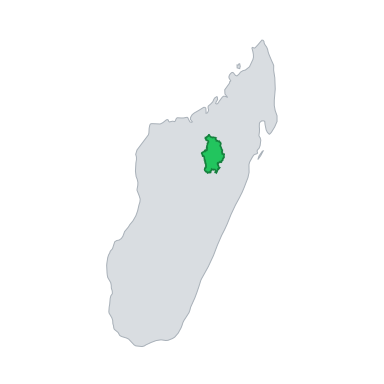 Tsaratanana, Betsiboka, Madagascar shown in context, rotated 8°
{"feature_id": "10022922B96360954496738", "entity_name": "Tsaratanana", "entity_type": "district", "adm_level": 2, "iso_a3": "MDG", "parent_name": "Madagascar", "parent_adm1": "Betsiboka", "projection": "robinson", "projection_center": [47.615, -17.138], "detail": "fine", "context": "in_parent", "style": "filled", "palette": "green", "viewbox_px": 384, "rotation_deg": 8, "n_neighbors": 0, "source": "geoboundaries", "source_scale": "gbopen_adm2", "svg_char_len": 8381}
<svg xmlns="http://www.w3.org/2000/svg" viewBox="0 0 384 384"><g transform="rotate(8 192 192)"><path d="M247.0,40.2L247.9,42.7L249.1,45.1L252.5,50.8L254.0,53.1L255.3,55.4L255.9,60.1L258.1,67.4L260.1,78.4L260.7,89.7L261.4,94.8L263.0,99.7L265.6,104.7L266.4,110.3L264.8,116.1L262.4,121.6L261.8,122.6L260.7,124.0L260.2,123.9L258.4,122.5L256.8,120.2L254.9,114.8L254.2,112.0L253.4,111.6L251.1,111.9L249.5,113.6L249.2,114.6L249.5,117.7L250.1,120.4L250.4,123.2L250.4,126.7L251.0,127.8L251.9,128.7L252.9,131.0L253.0,136.5L252.4,139.2L250.8,141.6L250.9,142.9L251.5,144.3L250.9,145.1L248.8,146.1L247.9,147.0L246.8,149.4L244.9,154.4L244.6,156.9L245.8,164.6L245.4,170.0L243.0,180.4L241.7,185.3L239.7,191.2L236.8,199.0L233.8,208.7L231.3,218.8L229.5,224.8L227.4,230.8L224.5,241.3L222.1,251.9L218.5,263.7L213.5,276.7L213.0,278.4L211.9,285.1L210.8,290.9L209.5,296.7L206.7,306.2L206.4,309.1L205.8,311.9L203.1,317.8L202.0,320.1L201.2,322.4L200.7,325.4L200.0,328.3L198.0,333.6L195.1,338.1L193.1,339.8L188.9,342.2L186.7,342.7L181.9,342.7L177.2,344.1L172.4,346.7L167.8,349.7L166.0,351.2L164.0,352.0L157.8,352.2L156.0,351.5L149.8,346.5L147.4,345.7L142.9,345.0L141.5,344.6L140.3,344.0L138.4,341.4L134.8,339.2L133.9,338.5L133.3,337.0L132.9,335.4L132.0,333.5L131.3,330.1L130.1,327.7L126.7,323.4L126.3,322.0L126.0,317.5L126.1,314.4L125.8,308.7L126.1,306.1L127.3,303.7L126.8,301.1L125.5,298.4L125.0,295.6L124.1,293.0L120.5,288.4L119.7,286.2L119.1,283.8L117.7,276.5L117.6,273.9L117.7,268.6L118.2,265.8L119.0,263.8L119.2,262.4L119.8,261.2L120.6,260.2L121.2,259.0L122.4,252.1L124.1,250.6L126.6,249.7L128.5,247.9L129.7,245.5L130.8,240.5L133.9,235.5L135.0,232.9L137.5,228.9L139.7,223.4L140.3,220.7L140.8,218.0L141.3,212.2L141.8,209.2L141.7,206.3L140.4,203.4L137.3,197.9L137.2,196.9L137.4,192.9L137.1,190.0L136.0,187.1L134.5,184.4L133.1,179.3L132.4,170.8L132.5,167.8L132.1,165.1L131.0,162.5L131.7,158.0L140.8,141.6L141.1,139.7L140.7,134.7L140.9,131.8L141.2,130.7L141.9,130.1L143.5,129.8L150.9,129.1L151.8,128.6L153.7,127.2L156.2,124.5L157.3,123.7L158.4,124.0L159.0,125.2L159.8,125.8L162.8,124.6L164.0,124.6L165.1,124.7L165.7,123.6L166.0,122.1L166.4,121.1L167.2,120.5L171.1,120.2L173.5,119.8L176.7,118.7L177.4,118.9L180.0,122.7L180.7,123.0L181.7,123.1L182.6,122.5L180.5,120.5L180.2,119.4L180.3,118.1L181.4,115.4L183.3,113.4L187.4,110.2L191.7,106.6L193.0,106.4L194.0,107.0L194.9,111.2L194.7,111.9L195.4,112.0L196.2,111.5L196.9,109.8L197.0,108.3L196.4,107.0L196.1,105.8L196.1,104.7L198.3,102.2L200.0,99.8L200.8,97.0L201.5,95.6L203.3,94.1L203.8,94.4L204.2,95.6L204.5,96.9L204.0,98.1L203.4,99.4L203.1,101.1L204.1,101.4L205.1,101.0L206.5,98.0L208.1,95.1L209.0,93.6L210.2,92.6L212.2,92.8L214.2,93.4L211.0,90.4L210.2,86.2L214.0,79.0L214.0,77.5L214.6,77.1L214.9,76.5L212.9,74.1L212.5,72.9L212.8,71.0L213.7,69.4L214.6,68.3L215.8,67.9L216.7,68.5L218.8,70.5L220.3,70.8L222.0,68.9L223.4,66.5L225.5,64.8L227.9,63.8L231.5,60.0L233.9,52.2L234.1,49.9L233.6,47.1L232.7,44.4L231.3,41.1L231.7,40.4L233.7,40.8L234.4,40.4L236.5,37.5L240.1,31.8L241.3,31.9L242.3,32.9L242.7,34.4L243.4,35.6L245.8,38.2L247.0,40.2ZM222.1,62.3L222.1,63.2L219.4,62.8L218.9,59.9L220.3,59.8L220.6,58.6L221.4,58.4L222.3,61.0L222.1,62.3ZM255.0,146.4L252.7,150.7L253.3,147.1L256.0,141.8L256.8,141.4L255.0,146.4Z" fill="#d9dde1" stroke="#a8b0b8" stroke-width="1"/><path d="M204.3,170.3L204.5,170.3L204.6,170.8L204.7,171.0L205.1,170.7L205.3,170.7L205.6,170.5L206.0,170.0L206.3,170.5L207.1,170.3L207.7,170.2L207.8,169.8L207.8,169.6L207.3,169.0L207.4,168.7L207.6,168.6L207.7,168.4L207.9,168.4L208.2,167.9L208.2,167.5L208.3,167.4L208.2,166.9L208.2,166.7L208.5,166.9L209.0,166.7L209.2,166.8L209.5,166.9L209.6,167.1L209.9,167.2L210.2,167.0L210.5,166.5L210.8,166.6L210.9,166.8L211.1,166.7L211.5,166.5L211.8,166.8L212.1,167.0L212.3,167.4L212.7,167.6L212.8,168.1L212.6,168.5L212.5,168.8L212.1,169.0L212.1,169.4L212.3,169.5L212.5,169.4L212.7,169.2L212.6,168.8L212.7,168.6L212.9,169.0L213.1,169.1L213.2,169.4L213.3,169.4L213.4,169.5L213.5,169.6L213.6,169.2L213.8,169.0L213.8,168.8L213.9,168.3L214.1,168.0L214.1,167.8L213.9,167.3L214.0,167.1L214.1,166.8L214.4,166.5L214.4,166.0L214.7,166.0L214.9,166.0L214.9,165.9L214.8,165.7L214.6,165.6L214.7,165.1L215.0,164.9L215.3,164.9L215.6,164.7L215.7,164.8L215.8,164.6L215.9,164.2L216.0,164.1L215.7,164.0L215.4,164.0L215.3,163.9L215.1,163.7L215.1,163.4L214.9,163.2L214.6,162.9L214.4,162.6L214.3,162.3L214.5,161.9L214.4,161.8L214.1,162.0L214.0,161.9L214.0,161.7L213.8,161.7L213.7,161.3L213.5,161.2L213.3,160.4L213.2,160.1L213.3,159.7L213.5,159.8L213.8,159.6L214.0,159.5L214.3,159.1L214.5,159.2L214.5,159.4L215.1,158.5L215.2,158.4L215.4,158.0L215.6,158.0L215.8,158.2L215.8,158.4L216.0,158.3L216.3,158.3L216.3,158.6L216.9,158.5L217.0,158.3L217.1,157.8L217.0,157.6L216.9,157.3L217.0,156.7L217.3,156.7L217.6,156.7L218.0,156.3L217.9,156.1L218.0,155.4L217.8,154.9L217.9,154.7L218.0,154.5L218.0,154.2L218.3,154.1L218.5,154.2L218.7,153.8L218.7,153.4L219.0,153.0L218.8,152.5L218.6,152.3L218.5,151.6L218.6,151.0L218.5,150.9L218.7,150.3L218.6,150.0L218.4,150.0L218.1,150.1L217.9,150.3L217.7,150.3L217.5,150.2L217.5,149.9L217.3,149.8L216.9,150.0L216.9,149.8L216.6,149.7L216.7,149.4L216.4,149.0L216.3,148.8L216.2,148.6L216.0,148.4L216.2,148.1L216.4,148.0L216.3,147.9L216.0,147.8L216.0,147.6L215.9,147.5L216.0,147.2L216.3,146.8L216.3,146.3L216.1,146.2L215.9,146.2L215.7,146.0L215.6,145.9L215.6,145.7L215.0,145.2L215.2,144.7L214.7,143.9L214.6,143.7L214.4,143.3L214.0,143.2L213.8,143.0L213.7,142.6L213.4,142.2L213.5,141.9L213.7,141.7L213.8,141.6L213.8,141.3L213.6,141.0L213.6,140.8L213.8,140.5L213.8,140.3L213.9,140.2L213.6,139.8L213.5,139.5L213.3,139.3L213.3,138.9L212.9,138.8L212.7,138.9L212.6,138.7L212.4,138.7L212.1,138.4L212.0,138.2L211.9,138.4L211.3,138.4L211.1,138.1L210.9,138.0L210.7,137.8L210.3,137.6L210.1,137.8L210.1,138.0L209.8,138.0L209.9,137.9L209.6,137.8L209.6,137.7L208.7,137.0L208.4,136.9L208.1,136.9L208.0,136.7L208.0,136.4L208.0,136.2L207.9,136.1L207.9,135.9L208.1,135.8L208.1,135.6L208.1,135.4L208.2,135.2L207.8,135.2L207.6,135.1L207.4,134.9L207.2,134.8L206.9,134.9L206.7,134.9L206.4,134.9L206.2,134.9L205.7,134.9L205.2,134.7L205.1,134.8L205.2,135.2L205.1,135.3L204.5,135.3L204.0,135.0L203.5,135.0L203.2,134.8L202.7,134.9L202.6,134.7L202.4,134.6L202.2,134.4L201.2,133.0L200.9,132.9L200.6,133.0L200.4,133.6L200.2,133.9L200.2,134.0L200.4,134.2L200.4,134.3L200.1,134.3L199.9,134.4L199.2,135.0L199.1,135.5L199.1,135.9L199.0,136.0L198.8,136.0L198.5,135.8L198.0,136.4L197.7,136.3L197.7,136.5L197.6,136.8L197.8,137.3L198.0,137.5L198.3,137.3L198.3,137.5L198.6,137.8L198.7,138.0L198.7,138.3L198.7,138.5L198.8,138.5L198.8,138.3L199.0,138.3L199.8,138.7L199.8,138.8L200.0,138.8L200.1,139.1L200.4,139.1L200.5,139.5L200.6,139.1L200.9,139.1L201.1,139.5L201.3,139.8L201.2,140.1L201.3,140.5L201.1,140.6L200.9,141.1L200.9,141.3L200.6,141.4L200.6,141.6L200.6,141.8L200.8,142.1L200.7,142.2L200.5,142.3L200.7,142.7L200.7,143.1L200.6,143.4L200.4,144.0L200.4,144.3L200.3,144.5L200.4,144.9L200.4,145.0L200.5,145.2L200.4,145.4L200.7,145.5L200.7,145.8L200.5,146.2L200.8,146.2L200.9,146.3L200.8,146.6L200.8,146.9L200.8,147.0L200.7,147.3L201.0,147.6L201.0,148.3L201.0,148.5L200.8,148.7L200.8,148.8L200.5,149.0L200.3,149.0L199.7,148.6L199.6,148.8L199.6,149.1L199.4,149.2L199.4,149.7L199.4,149.8L199.3,150.0L198.9,149.7L198.7,149.4L198.4,150.0L198.1,150.5L197.9,150.6L197.4,151.0L197.2,151.0L197.1,151.3L196.6,151.5L196.4,151.6L196.2,152.0L196.3,152.2L196.2,152.5L196.3,152.6L196.6,153.0L196.8,153.0L196.9,153.5L197.1,153.6L197.1,154.0L197.4,154.1L197.6,154.4L197.6,154.6L197.8,154.5L198.0,154.5L198.1,155.1L198.5,155.1L198.7,154.9L198.8,154.9L198.9,155.0L199.0,155.4L199.2,155.5L199.3,155.7L199.4,155.8L199.3,156.0L199.4,156.8L199.6,157.3L200.1,157.8L200.0,158.0L199.8,158.1L199.8,158.5L200.0,158.5L200.3,158.7L200.5,159.0L200.6,159.3L200.6,159.5L200.8,159.5L200.8,159.8L200.6,160.0L200.8,160.2L200.8,160.5L200.9,161.0L201.2,160.9L201.2,161.0L201.0,161.3L201.2,161.5L201.3,162.1L201.5,162.2L201.5,161.7L201.7,161.8L201.8,162.2L201.8,162.8L202.0,163.0L202.3,163.4L202.1,163.6L202.1,163.8L202.0,164.0L201.9,164.5L202.4,164.8L202.5,165.1L202.4,165.2L202.4,165.5L202.3,165.9L202.2,166.1L201.9,166.3L201.8,166.2L201.5,166.4L201.8,166.9L201.4,167.1L201.4,167.3L201.4,167.5L201.3,167.9L201.5,168.5L201.8,169.0L202.0,169.2L202.6,169.6L203.1,169.6L203.0,170.0L203.7,170.2L204.2,170.1L204.3,170.2L204.3,170.3Z" fill="#22c55e" stroke="#15803d" stroke-width="1.5"/></g></svg>